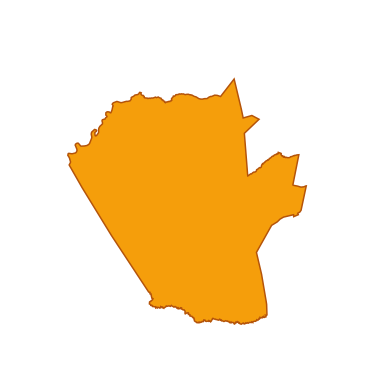 Luanshya, Copperbelt, Zambia (Natural Earth projection), rotated 30°
{"feature_id": "96606910B75415616642530", "entity_name": "Luanshya", "entity_type": "district", "adm_level": 2, "iso_a3": "ZMB", "parent_name": "Zambia", "parent_adm1": "Copperbelt", "projection": "natural_earth1", "projection_center": [28.455, -13.074], "detail": "fine", "context": "isolated", "style": "filled", "palette": "amber", "viewbox_px": 384, "rotation_deg": 30, "n_neighbors": 0, "source": "geoboundaries", "source_scale": "gbopen_adm2", "svg_char_len": 6074}
<svg xmlns="http://www.w3.org/2000/svg" viewBox="0 0 384 384"><g transform="rotate(30 192 192)"><path d="M89.8,146.3L86.8,149.4L85.8,150.2L81.7,151.1L79.4,153.9L79.0,154.9L79.0,155.9L80.5,156.7L80.7,157.1L80.6,157.5L81.8,161.2L82.1,163.9L81.6,164.3L80.2,164.1L79.1,164.6L78.4,165.0L77.8,166.3L78.5,167.8L79.0,168.5L80.4,168.9L80.7,169.2L80.6,169.9L80.1,171.0L80.2,172.3L79.0,173.4L78.3,174.3L78.3,174.9L78.6,175.5L79.9,176.8L80.4,177.9L79.4,181.2L79.4,183.2L80.0,184.9L81.3,186.9L81.4,187.8L81.1,190.8L80.5,191.6L79.9,191.6L78.5,189.7L78.1,189.1L78.8,187.2L78.7,186.6L77.7,186.1L76.3,186.6L75.2,190.2L75.3,191.0L75.8,192.3L77.8,194.6L78.2,195.7L79.0,201.0L78.9,202.1L77.9,204.1L76.0,205.8L73.3,207.6L72.5,207.8L69.2,206.6L68.1,207.1L67.2,208.8L67.4,209.8L70.9,212.5L71.7,213.6L71.9,215.4L71.6,216.4L69.0,218.9L66.0,220.1L65.6,220.6L66.1,222.3L68.7,223.7L71.8,226.7L72.0,227.4L72.1,230.0L94.7,243.2L144.1,270.0L204.5,300.3L205.8,299.9L206.5,301.2L207.2,301.2L207.6,300.9L208.0,301.6L208.4,301.7L208.5,302.1L210.3,304.0L210.9,304.2L211.2,303.8L211.5,303.8L211.7,305.1L211.0,306.6L211.0,307.2L210.8,307.2L210.2,308.4L210.3,308.8L210.7,309.2L211.0,310.2L212.8,310.3L213.0,310.8L214.3,310.2L214.9,310.9L215.4,310.8L215.7,310.4L216.4,310.4L217.9,309.5L218.1,310.2L218.6,310.6L219.0,309.8L220.0,309.8L220.1,308.8L222.2,308.6L222.3,307.9L222.7,307.8L222.3,307.1L222.8,307.2L223.1,306.5L223.5,306.4L223.8,306.7L224.4,306.4L225.0,307.0L225.4,306.6L225.8,306.7L225.8,305.9L226.3,305.4L226.7,304.3L226.7,303.6L227.3,303.7L229.0,302.1L230.4,301.9L230.8,300.6L231.2,300.8L232.9,300.6L233.5,300.8L234.4,300.3L234.4,299.8L234.7,299.6L235.2,299.8L235.9,299.6L236.8,300.1L237.4,299.3L237.7,299.7L237.8,299.4L238.1,299.2L238.7,299.9L239.0,299.8L239.0,299.4L239.9,299.0L239.9,298.0L240.2,297.7L240.9,297.6L241.4,298.6L242.5,298.4L243.1,298.6L244.0,298.0L244.9,298.5L245.3,298.5L245.9,299.0L246.3,300.1L246.9,300.9L247.1,300.9L248.1,299.1L248.8,299.1L249.0,298.5L249.4,298.5L250.1,299.3L250.2,299.8L251.5,299.3L252.1,300.3L252.5,300.0L253.2,300.2L254.2,299.7L255.0,300.2L255.8,300.0L256.2,300.5L256.7,300.2L257.4,300.8L257.4,301.2L258.1,301.6L258.4,302.3L258.8,302.4L259.7,302.6L260.6,302.4L261.2,302.8L262.1,302.2L262.4,302.3L262.7,301.7L263.3,301.8L263.3,301.1L263.9,300.7L264.2,301.0L265.1,300.2L265.5,298.9L266.4,298.9L266.7,298.1L266.3,297.1L266.8,297.1L267.1,296.9L267.1,296.5L267.7,296.5L268.2,297.0L268.6,297.1L269.2,296.9L269.9,296.2L270.6,295.8L270.8,294.8L271.1,294.8L271.5,295.4L271.9,295.0L272.9,295.1L272.7,294.5L273.3,294.1L273.1,292.9L273.3,292.2L273.0,291.4L273.3,290.9L274.7,291.0L275.8,290.4L276.7,290.5L277.3,290.0L278.7,289.9L279.2,289.6L279.4,288.4L279.7,288.3L280.3,288.3L280.5,288.8L280.8,288.9L281.4,288.7L281.6,288.2L282.3,288.7L282.5,288.4L284.4,288.2L285.6,286.6L286.2,286.7L287.0,286.1L287.3,286.3L288.3,286.0L288.6,285.7L289.4,286.2L289.7,286.2L289.9,285.9L290.3,286.1L290.6,285.5L291.0,285.8L291.2,285.6L291.1,285.1L291.8,285.3L292.0,284.9L292.9,284.4L293.8,284.6L293.7,285.1L293.9,284.8L294.3,285.1L294.7,285.1L294.7,284.3L295.1,284.3L295.1,282.7L295.6,282.9L295.6,282.4L296.3,282.2L296.2,281.8L296.5,281.9L296.6,281.6L297.2,281.5L298.1,282.2L298.5,282.1L298.6,281.7L299.1,282.1L300.7,281.9L301.8,280.0L302.1,280.3L303.1,280.1L303.1,279.8L303.6,279.8L304.2,278.9L304.1,278.4L304.8,278.4L305.3,277.5L305.8,277.7L306.4,277.4L306.5,276.9L306.9,276.2L307.3,276.2L307.5,275.9L308.6,275.4L308.5,274.8L309.0,274.9L309.4,274.3L309.9,274.5L309.7,273.8L310.8,272.6L311.7,272.2L312.0,271.3L311.9,270.5L312.5,270.7L312.7,270.0L313.3,269.8L313.4,267.9L313.9,268.0L313.7,266.8L314.0,267.0L314.5,266.8L315.2,265.7L315.5,265.8L315.6,265.0L316.0,265.2L316.2,264.4L316.4,264.9L317.3,264.5L317.7,264.1L317.7,263.5L318.4,263.2L318.0,262.0L317.6,261.8L318.2,261.6L318.4,261.0L312.8,252.0L311.3,250.1L293.4,228.5L278.0,212.1L277.6,181.1L280.8,175.2L281.8,171.5L283.8,168.0L291.3,160.9L292.4,162.5L295.4,158.5L294.2,157.6L295.4,155.5L295.6,153.3L287.9,129.6L287.3,130.1L286.4,131.5L283.9,133.3L280.5,134.1L276.8,135.4L275.8,135.4L265.9,106.3L264.2,107.5L263.7,108.3L262.8,108.7L262.7,109.2L261.9,109.7L260.9,111.2L259.8,112.1L259.6,112.9L258.8,113.8L257.3,114.6L256.3,114.8L256.0,115.3L254.8,115.2L254.7,115.7L254.2,115.9L253.9,115.5L253.7,115.9L253.3,115.9L253.1,115.5L252.6,115.6L252.7,115.4L252.4,115.3L251.3,115.6L250.1,114.8L250.2,114.3L250.0,114.1L249.7,114.4L249.1,114.1L247.7,114.4L247.4,114.7L246.9,114.6L247.0,115.2L247.5,115.1L247.6,115.4L247.4,115.9L246.5,116.3L246.3,116.7L246.7,116.8L246.6,117.1L245.4,118.0L244.7,119.1L244.5,120.3L243.7,120.8L242.9,123.5L242.2,124.3L242.4,125.1L242.0,126.3L241.5,126.3L241.4,127.1L241.1,127.3L240.4,128.5L240.4,129.0L240.1,129.3L240.2,130.0L239.9,130.6L238.9,132.2L239.0,132.6L239.3,132.7L238.9,133.2L238.9,134.1L239.5,135.6L239.2,136.7L238.5,136.9L238.0,137.7L237.4,139.6L236.9,140.2L236.9,140.8L237.2,141.3L237.1,142.4L236.3,143.5L235.7,143.7L235.0,144.8L234.5,146.6L233.7,147.0L232.5,149.9L232.2,150.2L208.0,115.0L213.7,95.5L205.6,95.8L199.3,102.3L193.2,95.5L172.0,73.1L169.0,95.0L165.5,95.7L163.2,96.8L161.2,99.5L160.5,99.8L159.3,101.3L158.3,103.6L156.0,105.0L154.8,106.2L153.3,107.1L151.3,107.7L147.9,107.6L146.0,108.1L143.4,108.1L143.1,108.4L142.3,108.4L141.9,108.8L139.9,109.2L138.4,110.2L137.4,111.1L135.4,111.4L134.8,111.9L133.7,112.3L133.3,112.9L132.5,113.1L131.7,113.7L131.7,114.1L131.1,114.6L129.4,115.8L129.4,116.7L128.9,117.8L127.9,118.2L128.1,119.2L127.8,120.0L127.7,121.4L127.7,121.8L128.6,122.5L128.5,123.3L127.7,124.0L127.6,124.7L126.8,125.0L126.7,125.4L126.1,125.6L125.7,126.3L124.9,126.8L124.3,128.0L123.4,127.9L123.1,127.2L121.4,127.4L120.9,126.9L120.0,127.2L119.8,126.9L118.8,126.8L118.4,126.3L116.6,126.7L115.3,126.6L114.0,128.1L112.9,128.1L111.3,130.1L109.5,131.1L109.1,131.8L108.0,132.1L107.1,133.1L106.5,133.0L104.0,134.1L103.4,134.1L102.9,133.2L101.4,132.8L101.1,133.1L100.7,133.2L99.3,133.0L98.6,132.4L98.5,131.5L97.8,131.5L96.8,132.0L96.8,133.6L96.3,134.7L94.1,136.6L93.6,138.2L92.2,140.3L92.2,140.8L93.0,142.2L92.7,144.1L91.1,145.6L89.8,146.3Z" fill="#f59e0b" stroke="#b45309" stroke-width="1.5"/></g></svg>